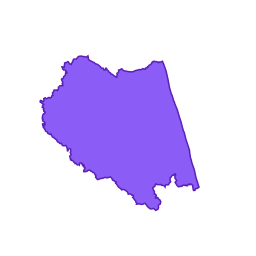 Brickaville, Atsinanana, Madagascar, rotated 323°
{"feature_id": "10022922B71585303896889", "entity_name": "Brickaville", "entity_type": "district", "adm_level": 2, "iso_a3": "MDG", "parent_name": "Madagascar", "parent_adm1": "Atsinanana", "projection": "mercator", "projection_center": [48.731, -18.667], "detail": "fine", "context": "isolated", "style": "filled", "palette": "violet", "viewbox_px": 256, "rotation_deg": 323, "n_neighbors": 0, "source": "geoboundaries", "source_scale": "gbopen_adm2", "svg_char_len": 5675}
<svg xmlns="http://www.w3.org/2000/svg" viewBox="0 0 256 256"><g transform="rotate(323 128 128)"><path d="M195.7,95.5L192.1,94.3L192.3,93.8L191.3,93.5L190.9,92.2L189.4,91.3L189.1,90.4L187.9,89.9L187.3,90.3L186.8,90.0L186.4,90.1L185.7,90.8L184.8,90.7L184.1,91.0L182.7,90.6L181.5,90.9L180.7,90.8L180.1,91.5L179.7,91.5L179.1,90.9L178.5,91.0L177.8,90.7L177.2,91.5L176.3,90.9L176.0,90.0L175.6,89.5L175.0,89.4L174.1,89.6L173.7,89.2L173.0,89.2L172.4,88.2L170.6,87.6L169.1,86.8L165.4,85.9L162.9,83.9L159.6,80.3L158.7,78.8L158.8,77.3L158.1,76.7L157.3,76.9L155.3,76.1L154.7,77.1L153.7,77.9L152.3,77.7L151.7,78.0L151.4,79.2L150.4,79.8L149.8,80.6L149.2,80.6L149.0,80.2L148.8,78.9L148.2,77.8L147.9,76.0L146.9,74.7L147.2,73.7L146.5,71.8L146.7,70.5L146.3,69.0L146.7,67.9L146.7,67.3L146.2,66.9L144.7,67.9L143.8,67.4L143.7,66.8L144.2,65.8L144.2,65.4L142.8,64.1L142.7,63.3L142.9,62.6L142.1,59.3L141.9,58.8L140.6,57.0L140.3,55.4L138.3,51.5L137.9,50.3L138.0,48.6L138.7,47.9L139.4,46.3L137.8,46.3L136.8,45.9L136.4,45.0L134.6,43.4L134.1,42.5L131.9,41.2L130.8,41.1L130.1,41.5L129.2,41.5L128.3,41.9L126.3,40.4L125.7,40.3L124.8,41.2L123.9,41.4L123.2,42.1L121.6,42.4L121.0,43.1L119.9,41.6L120.2,39.5L120.1,39.0L119.9,38.8L118.7,38.7L116.5,37.9L116.2,38.8L115.3,39.2L114.5,40.0L114.0,41.0L113.4,41.2L113.1,40.4L112.1,39.4L111.3,41.9L111.6,43.0L112.1,43.2L112.9,44.4L112.9,44.8L112.2,45.4L112.3,45.9L112.8,46.6L112.3,47.4L112.1,47.4L111.8,46.6L111.4,46.4L109.7,48.1L107.5,48.2L106.9,49.1L105.9,49.5L105.1,48.8L104.0,49.3L103.7,50.8L103.7,51.7L103.3,52.0L103.0,52.8L102.0,53.1L101.9,54.6L101.6,54.9L101.0,54.8L99.6,53.6L98.8,53.3L96.9,53.6L96.0,54.9L95.1,55.1L94.7,55.6L94.1,55.6L93.8,54.6L93.0,54.2L92.1,53.3L91.7,53.2L91.1,53.8L90.1,54.3L88.9,54.5L88.1,55.5L87.7,56.8L86.7,56.5L86.0,56.7L85.4,57.3L84.7,57.3L83.8,57.2L83.7,56.5L83.0,55.9L80.4,55.5L79.9,54.5L80.0,54.0L79.6,53.9L79.0,54.1L78.4,53.8L77.4,55.4L76.4,56.0L76.0,55.7L75.7,54.8L75.2,54.3L75.2,53.9L74.9,53.4L74.6,53.3L74.3,53.7L73.8,53.9L73.5,54.6L74.1,55.6L74.1,55.9L74.3,55.9L74.3,56.8L74.8,58.3L74.4,58.2L74.2,58.5L72.9,58.9L72.7,59.5L72.1,59.9L72.9,60.5L72.4,61.0L72.5,61.1L72.4,62.1L72.0,61.9L71.7,62.1L70.8,64.1L71.4,65.0L71.3,65.5L70.5,65.8L70.1,66.3L69.1,65.9L68.2,66.1L66.4,67.5L65.4,68.7L65.7,69.6L65.3,70.0L64.6,70.0L64.2,71.7L64.7,72.5L65.0,73.4L64.2,73.8L64.3,74.2L63.9,75.3L63.1,74.8L62.5,73.4L62.1,73.4L62.0,74.1L61.4,74.7L61.3,75.2L62.0,76.0L61.1,76.1L60.8,76.4L61.0,76.9L60.8,77.2L60.9,78.4L60.7,78.6L60.9,79.4L60.3,80.6L60.6,81.8L61.3,82.7L60.7,84.2L61.3,85.0L61.6,85.9L62.8,86.2L62.4,87.9L62.5,88.8L62.2,89.6L63.0,91.0L63.1,92.1L63.9,94.7L63.5,95.4L63.5,96.8L64.2,98.2L64.3,99.4L64.6,99.8L65.3,99.9L65.6,100.3L65.1,102.2L65.3,102.9L66.6,104.0L67.7,104.4L67.9,104.7L67.3,107.5L65.9,109.8L66.1,110.1L66.4,110.1L67.2,109.3L68.0,109.0L69.1,109.4L69.4,110.2L69.3,110.7L68.5,111.6L68.1,112.4L67.0,113.0L66.7,114.8L66.5,115.2L65.0,115.2L64.4,115.6L63.0,119.0L63.2,119.4L63.7,119.2L63.5,120.0L64.0,120.5L64.4,121.5L64.1,122.5L64.6,123.8L64.3,124.5L65.3,124.9L65.1,125.5L65.2,126.9L66.7,127.7L66.8,128.5L67.1,128.3L67.4,127.6L68.3,127.0L68.9,127.3L69.2,127.7L69.6,127.8L69.9,128.2L69.9,128.8L69.5,129.2L69.3,129.9L69.7,130.4L70.4,130.4L70.5,131.2L70.1,131.6L69.3,131.4L69.4,132.7L69.8,133.3L69.3,133.6L69.5,134.2L68.6,134.7L67.6,135.0L66.7,135.6L66.4,136.1L66.8,136.3L67.0,136.8L67.6,137.2L69.3,137.9L70.0,137.6L72.2,138.7L72.3,139.4L72.2,139.8L72.8,140.5L73.1,141.5L73.1,142.2L73.8,142.9L73.9,143.4L73.7,145.2L73.9,146.3L73.3,146.6L73.2,147.3L72.4,148.0L72.6,148.7L72.5,150.2L72.8,151.0L74.0,151.5L75.7,151.8L77.3,152.9L79.8,153.5L81.2,155.1L81.7,155.4L82.3,155.4L82.8,156.0L84.0,156.1L84.8,157.2L84.7,159.2L84.3,160.0L84.4,160.3L84.7,160.3L84.6,160.9L85.2,161.9L85.4,163.2L86.1,164.0L85.1,164.4L84.8,164.7L85.2,166.3L84.9,167.4L84.9,169.7L85.8,172.5L85.6,173.5L87.5,174.4L88.2,175.5L89.0,178.7L88.9,179.7L88.3,181.0L90.2,182.0L90.5,182.5L90.6,183.9L91.0,184.0L91.7,185.0L91.2,185.8L89.9,186.3L90.3,187.8L89.9,188.9L90.3,190.6L89.7,191.9L89.7,193.2L88.9,193.9L90.0,194.7L91.0,194.8L92.2,196.6L93.8,197.8L96.0,198.2L96.3,198.8L96.4,203.5L97.2,206.1L98.5,207.1L99.5,207.2L99.8,207.5L100.2,208.5L100.6,210.5L103.1,210.9L104.7,209.8L105.5,208.3L107.1,207.8L107.8,208.2L109.7,206.8L110.2,204.9L110.0,204.6L110.0,204.1L109.7,203.1L109.9,201.7L109.5,201.0L108.1,200.9L107.8,200.5L108.2,199.8L109.6,199.3L110.1,198.8L110.1,197.3L109.9,197.0L109.4,196.8L109.3,196.5L110.8,194.7L111.0,193.4L110.9,193.0L111.3,192.3L111.5,190.9L112.1,190.6L112.8,190.4L113.9,190.8L114.7,190.6L115.6,189.6L116.5,189.4L116.9,189.6L116.9,190.3L117.1,190.6L118.7,192.0L120.2,192.8L120.2,193.9L121.3,194.7L122.1,196.2L122.1,197.4L122.9,196.6L124.2,196.1L125.3,197.3L125.9,197.6L126.3,197.7L127.9,196.8L129.6,196.7L130.0,195.9L130.1,195.2L131.7,193.1L133.0,193.1L134.9,192.4L135.3,192.5L136.0,193.2L137.2,192.7L138.0,193.1L137.9,194.1L136.3,194.9L135.4,196.2L135.2,197.2L135.4,198.5L135.0,198.9L135.0,199.5L134.3,199.7L133.4,199.5L132.9,199.8L132.6,203.5L132.8,205.1L133.4,205.6L134.9,206.2L135.7,207.0L136.4,206.9L136.7,206.7L137.3,206.8L138.4,207.5L139.5,208.7L139.9,208.5L139.8,209.0L140.3,209.7L141.1,209.9L142.0,209.2L142.7,209.5L143.3,210.6L143.9,210.1L144.6,210.7L145.1,212.7L145.1,213.1L144.3,213.8L143.3,216.3L142.9,216.5L142.8,217.0L142.9,217.6L144.1,218.1L144.8,217.3L145.4,217.2L146.9,217.9L149.1,218.0L152.4,208.6L155.8,201.3L158.1,194.1L159.3,191.5L159.8,189.8L162.3,185.0L163.7,182.8L167.6,171.5L170.2,165.5L170.5,163.8L171.8,160.3L174.4,154.1L175.6,150.3L178.2,143.5L180.1,136.4L180.8,134.8L180.8,133.8L182.6,129.2L183.3,126.4L185.4,120.8L189.2,113.2L192.7,105.4L194.6,99.5L195.7,95.5Z" fill="#8b5cf6" stroke="#5b21b6" stroke-width="1.5"/></g></svg>